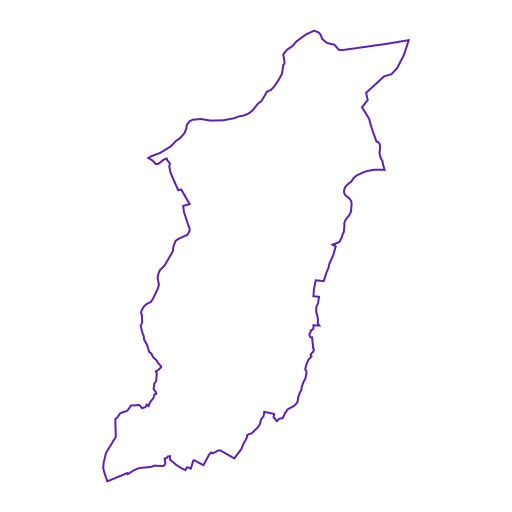 Ignesti, Arad, Romania
{"feature_id": "2599482B32304228605498", "entity_name": "Ignesti", "entity_type": "district", "adm_level": 2, "iso_a3": "ROU", "parent_name": "Romania", "parent_adm1": "Arad", "projection": "mercator", "projection_center": [22.177, 46.451], "detail": "fine", "context": "isolated", "style": "outline", "palette": "violet", "viewbox_px": 512, "rotation_deg": 0, "n_neighbors": 0, "source": "geoboundaries", "source_scale": "gbopen_adm2", "svg_char_len": 4138}
<svg xmlns="http://www.w3.org/2000/svg" viewBox="0 0 512 512"><path d="M403.9,55.1L408.7,40.2L405.7,40.7L403.0,41.1L387.6,43.7L342.2,50.1L338.7,49.7L334.4,44.7L327.1,43.0L322.3,39.1L320.3,34.2L318.2,32.2L314.0,30.7L305.9,34.5L296.6,41.3L292.6,45.9L287.2,49.6L283.3,54.2L284.5,62.1L284.5,63.7L283.3,64.9L282.0,73.7L278.7,79.8L274.1,86.7L270.6,90.2L266.8,91.7L264.7,95.7L261.7,100.7L258.0,103.6L254.4,108.1L252.4,110.5L249.7,112.7L247.4,114.1L243.7,115.5L238.9,116.4L233.9,118.3L223.1,120.3L210.9,120.6L204.8,119.7L201.3,119.0L197.6,119.3L192.8,119.7L189.7,121.2L186.7,125.0L186.5,127.8L184.5,133.1L179.7,138.5L176.3,140.6L170.6,146.5L160.0,153.0L155.3,154.7L151.6,156.1L150.7,156.5L148.3,158.0L151.0,159.6L152.5,160.5L155.7,164.0L158.3,163.9L163.6,159.7L166.7,158.5L167.2,160.0L170.0,163.7L169.3,166.5L170.5,172.7L178.2,190.2L181.2,189.4L189.6,204.1L183.2,205.9L183.9,211.8L188.2,224.9L189.7,228.9L189.4,231.3L187.4,234.8L179.3,238.4L175.6,240.8L173.3,246.9L172.8,251.3L170.3,255.7L167.4,260.6L164.5,265.6L160.2,269.9L159.3,271.4L158.3,274.2L157.6,277.9L158.9,284.5L158.5,286.5L157.1,290.2L152.7,299.3L150.6,302.1L148.4,303.1L146.0,304.5L144.1,306.3L143.0,308.0L141.7,310.2L141.0,312.7L142.1,316.0L141.9,316.9L142.2,322.1L140.7,326.1L142.2,332.1L143.7,336.2L144.2,339.8L147.0,344.7L149.1,351.8L151.3,353.4L153.2,357.4L156.0,359.7L158.3,363.3L160.9,366.1L161.1,367.3L157.5,370.6L155.9,371.2L155.8,371.7L156.8,373.5L156.2,380.8L155.0,382.7L154.3,383.7L153.6,389.0L154.7,390.7L156.2,392.4L156.1,393.9L154.7,394.2L153.9,396.0L153.7,397.4L153.2,398.3L152.3,399.5L151.1,400.8L150.5,401.7L149.3,403.9L149.1,405.3L148.7,405.9L148.0,405.0L146.6,404.7L146.3,406.3L145.2,407.2L142.0,408.2L140.7,406.4L139.1,405.0L134.6,405.4L132.4,405.3L131.0,405.6L128.1,409.7L126.5,411.2L123.0,412.1L120.1,413.4L117.2,417.6L115.3,419.1L115.6,429.9L115.8,436.7L111.5,444.0L106.7,451.7L105.8,453.6L104.9,457.6L103.5,463.6L103.3,468.6L104.9,474.3L107.3,481.3L127.2,473.1L127.8,474.1L134.0,470.2L139.3,468.0L145.1,467.5L151.6,466.8L154.6,465.6L156.9,465.8L162.6,466.1L164.1,465.5L165.4,463.5L164.6,458.6L166.4,458.3L167.9,456.4L170.0,456.2L169.9,459.4L170.9,460.3L176.1,464.8L181.2,468.1L185.4,470.1L186.9,467.4L187.9,467.4L190.8,468.6L193.4,460.4L194.1,460.2L203.4,465.2L209.2,454.5L211.1,452.5L212.4,453.3L215.2,452.2L217.9,450.6L220.4,450.4L222.6,451.7L234.3,458.4L237.9,453.6L240.0,450.9L241.5,448.8L241.9,447.8L242.5,446.1L242.8,445.3L243.0,444.7L243.2,444.3L244.9,441.2L246.7,438.0L247.4,434.8L251.8,433.3L254.7,430.4L257.7,427.5L259.8,424.3L261.1,419.4L263.6,416.0L264.3,411.8L265.4,412.1L267.7,412.6L269.0,412.8L273.8,413.9L274.3,414.2L273.6,416.8L273.8,417.9L274.9,418.3L275.4,419.6L276.6,421.0L277.2,421.0L278.7,419.1L280.3,418.5L282.5,418.2L283.1,417.8L283.1,416.8L283.8,416.0L285.1,412.8L285.8,412.3L287.5,409.5L288.7,408.8L294.4,405.7L297.4,402.3L298.2,397.5L299.5,393.5L301.4,389.8L301.6,387.4L303.7,381.5L305.4,378.5L306.5,372.7L306.4,371.2L305.2,369.4L306.0,365.9L306.9,363.2L308.5,359.7L311.1,356.8L311.5,356.4L310.6,354.9L311.4,353.6L313.3,351.6L313.9,349.3L313.2,348.4L312.1,337.3L311.1,337.3L310.5,337.3L309.7,335.8L309.4,334.0L310.2,332.9L310.8,331.6L310.8,330.5L312.1,329.8L313.4,328.8L313.5,325.3L319.3,325.6L317.7,323.2L318.0,320.0L317.2,315.1L316.2,312.1L316.3,307.0L318.1,303.0L319.0,296.8L313.4,296.2L314.0,288.9L315.8,280.3L323.7,281.1L326.7,271.9L328.1,268.8L328.8,266.4L329.3,264.0L330.8,260.5L332.1,257.8L333.5,254.3L335.7,246.5L332.5,244.7L334.2,243.9L335.4,244.0L336.8,242.7L337.9,242.8L339.9,241.4L340.5,239.5L341.7,237.7L342.7,234.1L343.8,232.1L344.4,226.0L344.3,223.0L345.4,220.2L346.4,218.7L349.4,215.0L350.9,211.8L351.2,209.0L351.6,203.6L351.2,201.2L350.0,199.3L348.1,197.3L345.9,195.8L344.5,193.8L344.1,192.4L344.1,190.2L345.0,187.5L346.5,185.4L349.1,183.2L351.5,181.4L353.5,178.2L356.6,175.5L364.0,172.0L368.8,170.7L374.5,169.7L384.6,169.8L383.0,164.4L382.5,161.2L380.8,158.3L379.5,153.4L380.2,145.8L379.3,143.4L377.8,141.8L376.5,141.7L372.9,131.6L370.9,125.6L369.1,118.7L363.2,109.2L362.0,107.3L367.7,100.0L366.1,92.8L384.2,76.3L391.3,74.3L397.1,68.2L402.2,58.3L403.9,55.1Z" fill="none" stroke="#5b21b6" stroke-width="2"/></svg>